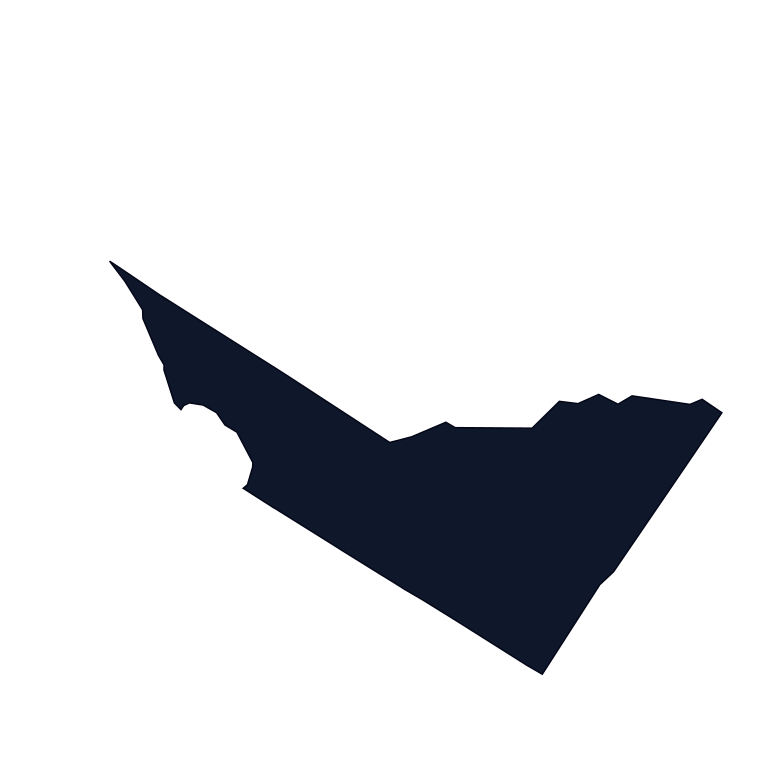 the district of Lucas, Ohio, United States of America, rotated 214°
{"feature_id": "52423323B77631375313133", "entity_name": "Lucas", "entity_type": "district", "adm_level": 2, "iso_a3": "USA", "parent_name": "United States of America", "parent_adm1": "Ohio", "projection": "natural_earth1", "projection_center": [-83.542, 41.574], "detail": "fine", "context": "isolated", "style": "filled", "palette": "ink", "viewbox_px": 768, "rotation_deg": 214, "n_neighbors": 0, "source": "geoboundaries", "source_scale": "gbopen_adm2", "svg_char_len": 885}
<svg xmlns="http://www.w3.org/2000/svg" viewBox="0 0 768 768"><g transform="rotate(214 384 384)"><path d="M88.1,473.3L87.8,549.1L111.7,549.2L118.9,538.2L171.7,512.9L178.7,498.1L200.2,495.4L212.2,476.2L228.9,467.7L236.5,430.2L300.6,387.6L311.3,386.9L331.7,355.5L346.6,338.7L473.7,336.7L620.3,332.4L666.5,332.5L680.2,332.4L656.4,324.3L638.9,316.5L625.8,310.6L625.0,309.7L620.4,303.4L587.1,281.7L577.0,276.8L574.3,272.6L547.2,251.1L538.0,249.2L538.0,254.1L534.8,259.5L522.2,265.4L506.8,266.6L492.9,261.1L479.0,261.8L451.7,247.1L449.3,245.8L448.8,245.6L446.4,241.6L440.9,224.2L442.4,218.8L406.2,219.7L404.5,219.9L401.5,220.0L400.7,220.0L334.0,222.3L333.8,222.3L326.9,222.5L325.8,222.5L291.6,223.8L289.1,223.9L281.0,224.2L267.4,224.8L251.4,225.3L232.0,226.6L187.3,228.3L107.7,230.7L90.5,231.9L92.9,338.3L88.7,356.7L88.1,473.3Z" fill="#0f172a" stroke="#020617" stroke-width="1.5"/></g></svg>